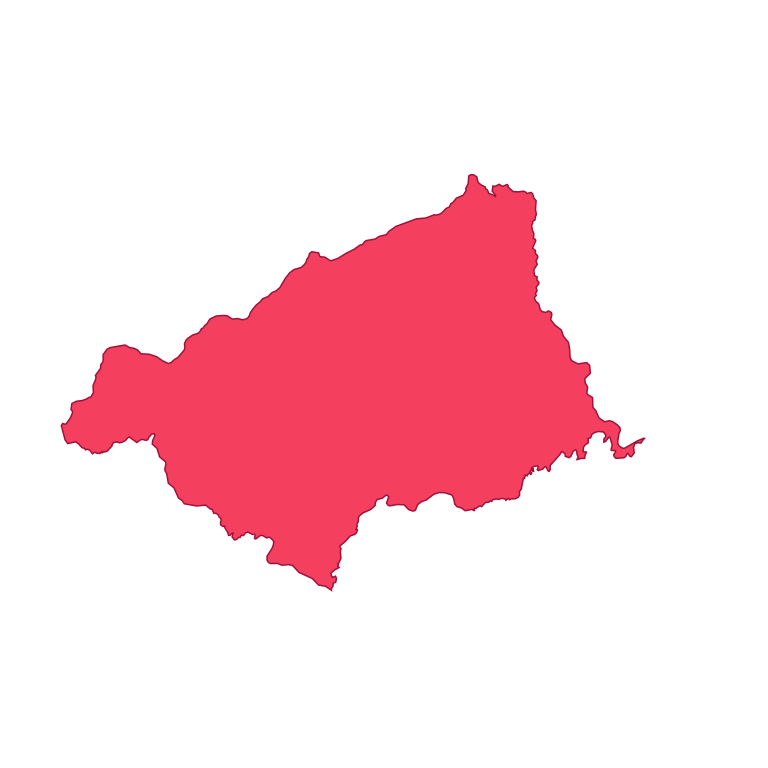 outline of Nóvita, Chocó, Colombia, rotated 218°
{"feature_id": "7082276B8825594364674", "entity_name": "Nóvita", "entity_type": "district", "adm_level": 2, "iso_a3": "COL", "parent_name": "Colombia", "parent_adm1": "Chocó", "projection": "natural_earth1", "projection_center": [-76.662, 4.842], "detail": "fine", "context": "isolated", "style": "filled", "palette": "rose", "viewbox_px": 768, "rotation_deg": 218, "n_neighbors": 0, "source": "geoboundaries", "source_scale": "gbopen_adm2", "svg_char_len": 6171}
<svg xmlns="http://www.w3.org/2000/svg" viewBox="0 0 768 768"><g transform="rotate(218 384 384)"><path d="M522.4,443.7L523.0,440.8L521.8,438.2L521.4,433.9L520.3,432.2L520.4,428.3L521.1,424.7L525.3,419.0L526.8,413.7L526.8,406.4L525.4,396.0L526.5,390.7L528.6,386.9L529.2,381.6L532.2,376.3L532.2,372.3L533.3,367.7L533.5,362.8L533.2,358.0L532.1,354.7L532.1,351.8L533.5,349.1L535.5,347.3L539.8,345.4L543.3,341.8L549.8,341.2L553.7,338.4L558.2,334.1L561.2,328.0L560.6,322.1L561.3,319.6L561.1,316.5L561.9,315.2L561.3,311.8L561.9,309.3L565.0,304.6L566.7,299.3L567.0,296.4L566.0,292.8L563.7,290.7L562.3,287.8L562.8,277.8L564.2,274.4L565.0,269.9L566.2,267.7L567.4,267.2L572.7,266.0L580.0,265.5L587.4,262.9L594.1,258.2L599.3,259.1L603.0,258.2L606.9,256.1L612.1,255.3L622.2,244.1L623.7,240.9L623.4,234.2L619.3,229.0L619.0,224.7L617.0,221.8L616.7,213.1L615.2,212.2L614.1,210.0L612.3,203.6L607.7,198.3L607.0,193.3L608.5,191.3L609.0,189.4L611.5,185.3L615.8,181.0L617.9,176.4L615.0,171.3L612.5,170.6L611.8,169.7L610.3,164.4L609.9,157.1L610.5,156.0L612.9,155.0L612.7,152.6L600.9,143.6L596.5,142.4L591.3,148.6L588.0,148.8L582.7,147.9L580.5,148.9L578.7,148.3L577.6,150.0L575.2,150.7L570.7,149.5L569.9,152.2L567.7,152.7L565.1,154.3L565.2,155.8L564.3,156.0L564.4,157.0L563.4,156.7L563.2,158.4L562.1,158.6L560.7,160.9L560.2,167.4L561.1,169.9L560.9,171.5L559.1,173.7L556.1,174.9L554.7,176.6L553.0,180.0L552.6,184.8L551.9,185.4L542.7,185.7L541.8,189.3L540.7,191.3L536.7,193.2L535.9,194.7L536.4,197.6L536.2,201.4L534.3,203.5L532.8,202.2L531.5,197.0L529.7,194.0L523.2,193.5L515.9,188.4L508.5,188.2L506.7,187.0L504.8,182.8L503.3,180.9L500.1,179.6L492.8,173.0L485.6,172.9L475.7,167.6L471.6,167.9L467.6,166.7L456.6,172.5L449.9,178.8L443.7,178.6L442.5,179.5L438.5,177.3L436.7,178.7L433.8,178.8L431.7,177.5L430.0,177.8L428.2,176.0L427.9,174.7L426.0,172.4L423.4,172.5L422.0,174.0L420.9,172.7L415.9,170.9L413.3,169.0L412.1,170.1L412.1,172.1L411.2,173.5L409.6,170.0L405.9,169.0L404.6,170.5L404.0,173.8L402.9,174.4L403.3,176.9L401.4,178.1L401.4,181.4L400.2,183.4L395.1,184.5L393.3,185.9L392.3,185.2L391.1,182.7L390.2,182.6L389.4,183.5L388.4,187.9L387.5,189.2L385.9,190.0L381.8,190.4L380.3,192.5L379.2,192.9L374.4,192.3L372.5,189.9L371.1,185.9L370.1,176.2L367.7,173.2L365.2,172.2L362.9,172.7L357.3,177.1L353.0,178.3L347.7,183.1L344.4,184.7L334.9,183.2L320.7,186.6L311.8,185.3L305.5,188.6L298.5,189.1L299.2,189.7L299.9,193.5L301.4,195.9L300.0,198.0L301.6,201.4L303.9,202.7L305.7,199.8L308.2,201.1L309.3,202.5L308.4,207.2L306.4,211.8L308.3,211.9L308.4,213.3L309.8,213.8L309.4,215.0L310.5,220.0L315.1,224.9L316.4,227.7L318.3,228.3L319.0,229.3L317.6,235.8L317.0,243.6L314.4,247.6L314.2,249.5L314.8,252.3L315.5,252.9L316.5,252.3L317.6,255.5L318.9,256.6L319.5,259.5L322.0,263.4L322.2,265.1L321.1,269.8L317.6,276.1L316.7,279.5L316.2,282.8L317.9,285.3L318.3,288.8L315.1,292.8L313.7,298.3L310.9,298.1L308.7,291.7L305.9,290.9L304.6,291.4L299.3,297.2L293.8,301.2L287.2,300.2L283.3,301.5L282.0,302.7L281.6,304.1L283.1,309.1L283.0,310.8L281.7,315.0L279.3,318.5L276.8,327.9L273.8,332.3L269.2,335.7L261.9,338.4L258.0,336.2L254.4,332.9L251.0,332.3L246.5,334.0L242.0,334.1L237.5,339.3L235.1,339.6L234.9,340.3L235.9,340.5L236.1,341.9L235.0,342.5L233.5,347.2L231.5,347.5L231.2,352.9L228.6,355.5L228.6,357.3L226.8,357.7L227.1,359.8L224.4,362.8L222.3,363.8L221.3,366.0L218.0,368.0L216.3,367.4L215.8,370.2L213.7,370.1L213.3,371.6L209.9,374.3L208.5,377.3L208.7,379.9L211.1,382.8L211.0,385.4L215.9,395.1L215.2,396.3L216.0,396.8L215.7,397.7L216.6,399.2L214.6,399.9L215.0,401.3L214.4,403.9L213.0,403.1L212.5,403.5L212.9,404.9L215.1,404.9L215.1,407.3L213.1,406.8L212.4,407.3L214.2,409.1L215.5,407.9L216.2,408.5L215.2,411.1L212.7,414.0L211.6,413.9L210.5,410.8L209.1,410.8L206.5,414.8L206.3,417.8L205.7,418.6L201.1,416.5L200.1,416.8L200.2,418.7L202.9,422.1L202.0,436.5L202.3,440.3L198.4,440.5L196.6,438.6L192.8,439.9L192.2,441.9L193.5,447.6L192.6,450.1L190.9,449.7L188.2,447.1L186.3,446.2L185.4,443.3L182.9,446.6L180.1,448.9L181.6,451.5L182.4,454.6L183.1,454.9L184.6,453.4L185.7,453.6L187.8,457.0L188.1,459.5L186.8,463.5L189.6,466.8L188.0,468.8L189.2,472.4L188.0,475.7L185.8,478.6L181.5,481.3L177.5,480.1L176.9,479.0L176.8,475.9L175.0,473.5L174.0,475.2L174.1,480.0L173.3,481.2L166.7,476.5L164.5,471.8L163.6,471.8L160.5,474.0L159.7,473.0L159.4,469.6L158.0,468.6L155.5,468.2L149.4,473.7L148.9,476.0L149.6,478.5L149.1,479.4L145.5,478.4L144.3,479.1L144.4,483.7L148.4,487.8L149.6,491.6L148.1,493.7L145.2,495.6L145.5,500.5L144.8,502.0L146.2,500.8L149.4,495.0L154.8,481.7L156.3,480.3L160.5,479.9L162.8,480.9L164.4,482.5L168.3,489.6L169.2,492.9L171.1,494.8L175.1,495.5L180.8,495.1L183.7,493.9L186.9,490.1L193.7,489.6L200.5,493.3L205.1,494.3L211.3,501.7L217.0,501.1L218.5,501.6L221.6,506.9L225.8,508.6L229.1,511.7L228.0,519.5L233.4,525.3L237.5,525.6L243.5,519.3L250.6,517.9L254.0,519.8L259.3,525.9L264.2,530.3L272.0,532.1L277.5,535.7L286.1,535.7L292.3,537.3L294.4,542.0L296.2,543.4L299.4,542.8L300.5,540.1L303.8,538.4L306.8,538.9L311.3,542.3L315.9,542.8L318.6,544.5L318.5,547.5L320.3,548.5L320.8,551.7L323.7,553.8L323.7,558.0L324.4,559.4L327.7,560.2L329.2,562.7L332.1,562.1L336.3,566.2L336.9,572.7L339.9,574.4L340.9,578.7L342.3,579.7L345.0,580.1L346.8,582.4L350.6,582.6L352.6,590.3L353.8,591.2L355.6,590.6L358.7,594.9L361.8,596.6L365.4,599.9L365.8,602.3L367.0,603.5L366.0,606.2L367.6,608.8L368.3,611.4L372.1,614.8L377.0,622.1L380.7,622.9L383.7,625.3L385.9,625.6L388.7,622.2L391.4,622.4L393.1,621.6L396.2,618.3L400.6,615.2L407.5,615.6L408.5,616.9L409.8,617.0L412.3,612.6L416.2,612.3L418.0,608.4L420.1,607.0L417.4,602.5L412.2,601.5L411.7,600.3L414.7,600.1L418.8,598.7L421.9,600.5L424.3,600.5L425.6,601.6L429.7,600.7L434.1,600.8L438.4,604.4L442.4,604.0L444.4,602.5L445.3,600.2L441.0,593.6L440.0,588.4L438.4,587.0L437.8,581.5L441.4,575.0L441.5,569.3L442.4,567.2L441.5,563.8L443.2,560.4L443.7,554.8L445.0,551.5L447.3,548.8L448.6,548.3L453.1,540.7L460.2,534.0L471.7,515.4L474.1,507.3L474.1,503.1L478.6,497.5L480.3,492.6L486.3,486.1L486.9,484.2L486.8,480.9L488.6,478.3L490.5,471.7L494.1,464.2L497.6,454.8L500.8,449.6L502.4,448.1L508.6,447.6L512.4,445.2L513.7,445.3L516.3,447.1L522.4,443.7Z" fill="#f43f5e" stroke="#9f1239" stroke-width="1.5"/></g></svg>